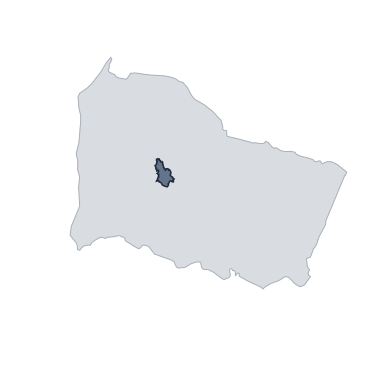 Sekyere Central, Ashanti, Ghana shown in context, rotated 113°
{"feature_id": "2480657B47319682331963", "entity_name": "Sekyere Central", "entity_type": "district", "adm_level": 2, "iso_a3": "GHA", "parent_name": "Ghana", "parent_adm1": "Ashanti", "projection": "orthographic", "projection_center": [-1.176, 7.217], "detail": "fine", "context": "in_parent", "style": "filled", "palette": "slate", "viewbox_px": 384, "rotation_deg": 113, "n_neighbors": 0, "source": "geoboundaries", "source_scale": "gbopen_adm2", "svg_char_len": 6648}
<svg xmlns="http://www.w3.org/2000/svg" viewBox="0 0 384 384"><g transform="rotate(113 192 192)"><path d="M233.7,52.2L236.5,54.8L237.1,56.4L236.1,62.1L234.1,66.1L232.8,69.9L233.0,71.8L234.2,73.7L238.5,76.6L240.7,78.5L243.2,81.4L246.2,84.3L251.3,88.0L253.4,88.6L253.3,89.7L252.6,91.1L252.2,104.9L251.9,108.5L251.5,110.3L251.1,115.4L250.5,116.2L249.6,116.1L248.7,116.3L248.5,117.3L248.8,118.4L251.9,119.1L251.2,119.9L249.0,120.6L247.9,122.2L248.4,123.9L247.1,125.4L247.5,126.3L248.3,127.0L249.6,126.8L253.2,124.4L254.7,124.1L256.5,124.6L260.0,128.2L260.1,130.0L258.7,136.1L257.4,140.8L257.2,147.0L258.6,150.6L258.5,152.5L256.9,154.2L253.4,156.6L253.6,158.3L255.3,161.3L258.3,164.7L264.1,169.0L267.2,174.5L267.3,176.7L265.5,179.0L263.4,181.0L262.7,183.8L263.8,202.3L259.2,210.4L259.1,212.7L259.6,215.4L260.9,217.0L263.2,217.4L265.1,218.9L264.5,224.6L263.5,230.4L263.3,233.1L262.8,234.5L261.0,235.6L260.3,237.4L260.8,239.6L260.4,241.3L261.4,243.4L263.5,246.1L267.0,252.7L268.3,253.2L268.8,254.6L268.5,256.0L269.8,258.9L273.6,261.9L277.6,264.4L280.8,264.8L281.5,267.0L283.6,270.0L285.2,271.2L287.6,272.1L289.6,272.5L289.7,275.0L286.1,276.7L283.7,279.2L281.9,283.1L279.3,287.4L270.4,289.7L267.0,289.7L248.8,289.9L231.8,298.3L222.0,301.3L216.0,306.1L207.8,309.4L202.2,313.5L190.4,315.5L171.0,321.9L165.0,324.4L158.9,328.9L148.9,334.1L145.0,334.0L137.2,329.1L131.4,326.6L117.0,322.8L106.3,321.4L101.2,319.7L99.8,319.5L101.0,317.7L104.0,317.6L107.1,318.1L109.5,316.8L113.0,316.6L113.9,315.3L114.2,311.7L114.1,308.9L115.4,307.6L115.7,304.3L114.0,296.8L112.8,296.0L106.5,294.9L106.1,293.4L105.0,291.8L103.8,288.0L102.4,282.3L100.3,275.2L96.1,263.5L95.1,259.4L94.4,255.2L94.3,250.2L95.2,248.3L95.0,245.7L94.7,243.2L97.6,237.2L103.4,230.0L104.7,227.4L105.7,225.6L105.9,222.9L107.0,214.5L109.8,204.3L111.5,200.4L112.7,198.3L114.1,194.9L114.5,193.3L119.8,189.3L122.3,188.2L122.8,186.7L122.0,184.9L122.4,183.8L123.6,183.2L125.6,182.7L127.0,181.1L124.8,168.4L123.1,155.9L123.0,154.8L121.9,153.1L120.8,147.9L119.1,144.8L116.6,143.9L116.6,141.1L119.1,136.2L119.8,133.4L118.6,132.5L118.4,130.3L119.3,126.8L118.9,124.6L118.5,122.2L115.9,116.7L115.2,112.8L116.6,110.6L116.6,105.6L115.2,97.9L115.0,93.0L116.0,91.0L115.5,89.1L113.6,87.2L113.5,85.5L115.1,83.7L114.9,82.4L112.9,81.4L111.1,79.0L109.6,75.3L109.9,69.3L113.0,58.2L113.4,57.3L116.8,57.4L116.8,57.8L127.3,57.8L139.4,57.7L153.9,57.6L167.0,57.5L167.6,57.0L169.7,56.3L183.0,57.5L191.3,56.9L194.8,57.3L197.3,58.0L203.1,57.6L206.1,57.8L208.4,60.6L209.4,60.6L210.6,59.4L212.9,58.1L215.3,57.0L216.9,54.8L217.9,53.2L219.4,53.5L221.6,53.4L223.0,52.1L223.6,49.9L233.7,52.2Z" fill="#d9dde1" stroke="#a8b0b8" stroke-width="1"/><path d="M184.8,234.4L184.8,233.4L185.1,233.5L185.4,233.3L185.5,233.2L185.8,233.0L186.0,232.9L186.1,232.7L186.3,232.6L186.1,232.5L186.0,232.4L185.9,232.4L185.8,232.1L185.5,231.9L185.4,231.8L185.2,231.7L185.1,231.4L185.4,231.2L185.5,231.1L185.8,230.9L186.0,231.0L186.2,230.8L186.3,230.9L186.4,231.0L186.7,230.9L186.8,230.9L187.1,230.7L187.4,230.7L187.5,230.9L188.0,230.9L188.2,231.0L188.3,231.0L188.4,230.9L188.5,231.0L188.5,230.9L188.6,230.7L188.8,230.4L188.9,230.2L189.0,230.2L189.0,229.9L189.3,229.6L189.2,229.4L189.3,229.4L189.5,229.4L189.6,229.2L189.9,229.2L190.1,229.1L190.4,229.1L190.6,229.1L190.8,228.9L190.8,229.0L191.3,229.0L191.5,228.9L191.8,228.8L192.1,228.9L192.5,228.8L193.3,228.8L193.4,228.7L193.6,228.6L193.9,228.7L194.0,228.8L194.2,228.7L194.3,228.7L194.5,228.6L194.9,228.7L195.0,228.8L195.2,229.0L195.5,228.9L195.8,228.9L195.7,228.8L195.7,228.7L195.5,228.4L195.4,228.3L195.4,228.2L195.0,228.0L194.9,227.8L194.9,227.7L194.9,227.1L194.8,226.9L194.9,226.7L195.3,226.6L195.4,226.4L195.5,226.4L195.6,226.2L195.5,225.9L195.5,225.6L195.5,225.2L195.5,224.9L195.4,224.7L195.6,224.2L195.7,223.9L195.8,223.7L196.0,223.5L196.1,223.4L196.3,223.0L196.4,222.9L196.6,222.8L196.7,222.7L196.9,222.3L196.9,222.1L197.0,222.0L197.1,221.8L197.2,221.6L197.3,219.3L196.9,216.8L196.1,216.6L195.4,216.5L194.8,216.4L194.7,216.5L194.4,216.7L194.2,216.8L193.8,216.9L193.7,216.9L193.6,217.0L193.5,216.8L193.3,216.9L193.1,216.9L192.7,216.8L192.4,216.8L192.2,216.8L191.9,216.8L191.5,216.8L191.2,216.7L190.9,216.5L190.6,216.4L190.4,216.4L190.2,216.2L190.0,215.9L190.1,215.7L190.1,215.4L190.1,215.1L190.2,214.9L190.3,214.8L190.3,214.6L190.3,214.4L190.2,214.2L190.2,213.9L190.2,213.7L190.1,213.3L190.1,213.2L189.9,213.1L189.7,213.1L189.5,213.3L189.4,213.4L189.2,213.5L188.8,214.0L188.6,214.2L188.4,214.1L188.2,213.8L187.9,213.8L187.7,213.6L187.6,213.8L187.4,213.9L187.2,213.9L186.8,213.9L186.8,214.0L186.7,214.1L186.7,214.3L186.8,214.4L186.8,214.5L186.7,214.9L186.6,215.2L186.4,215.2L186.3,215.3L186.2,215.4L186.2,215.5L185.9,215.8L185.9,216.0L185.9,216.5L185.7,216.8L185.6,217.0L185.6,217.4L185.6,217.5L185.5,217.9L185.4,218.1L185.3,218.5L185.1,218.6L184.9,218.7L184.7,218.6L184.3,218.6L184.2,218.6L184.0,218.8L183.9,218.8L183.7,218.7L182.9,218.7L182.7,218.8L182.5,219.0L182.2,219.2L182.1,219.3L181.4,219.7L181.2,220.0L181.0,220.3L180.9,220.6L180.9,220.9L180.9,221.0L180.8,221.4L180.7,221.4L180.8,221.6L181.0,221.7L181.0,221.9L180.9,222.0L180.4,222.1L180.2,222.1L180.2,222.4L180.1,223.1L180.1,223.3L180.3,223.5L180.4,223.8L180.5,224.2L180.4,224.3L180.5,224.5L180.7,224.8L180.9,224.9L181.0,224.9L181.3,224.7L181.6,224.7L181.9,224.9L182.2,225.0L182.0,225.3L181.9,225.4L181.9,225.5L182.0,225.6L181.8,225.8L181.7,225.9L181.7,226.0L181.4,226.1L181.4,226.4L181.4,226.7L181.3,226.8L181.2,226.8L180.9,227.0L180.7,227.1L180.5,227.4L180.5,227.5L180.4,227.5L180.3,227.8L180.3,228.0L180.2,228.1L179.7,228.2L179.5,228.3L179.4,228.5L179.0,228.8L178.8,229.1L178.6,229.2L178.4,229.3L178.2,229.3L178.2,229.5L178.0,229.8L177.9,229.8L177.7,229.9L177.7,230.0L177.3,230.1L177.2,230.2L176.9,230.3L176.7,230.3L176.4,230.5L176.2,230.7L176.3,230.7L176.2,230.9L176.2,231.0L176.2,231.3L176.1,231.5L176.2,231.9L176.6,232.1L176.6,232.3L176.1,232.7L175.9,232.8L175.5,233.4L175.7,233.8L175.5,234.1L175.3,234.3L175.2,234.5L175.4,234.6L175.4,235.0L175.1,235.3L174.7,234.8L174.4,235.1L174.5,235.3L174.5,235.5L174.6,235.9L174.6,236.1L174.9,236.1L174.9,236.4L175.0,236.6L175.3,237.0L175.6,237.0L175.8,237.0L176.0,237.2L176.0,237.3L176.2,237.2L176.3,237.0L176.3,236.9L176.5,236.8L177.0,236.9L177.3,236.5L177.5,236.3L177.5,236.1L177.7,235.8L177.9,235.9L178.2,236.0L178.3,235.9L178.5,236.0L178.7,235.9L179.0,235.9L179.3,235.8L179.4,235.7L179.7,235.7L179.9,235.7L180.0,235.5L180.4,235.5L180.6,235.6L180.8,235.7L181.2,235.8L181.3,235.9L181.5,235.9L181.8,236.1L182.0,236.3L182.2,236.0L182.5,235.9L182.6,235.7L182.8,235.7L183.2,235.2L183.4,235.0L183.5,234.8L183.5,234.7L184.3,234.5L184.8,234.4Z" fill="#64748b" stroke="#1e293b" stroke-width="1.5"/></g></svg>